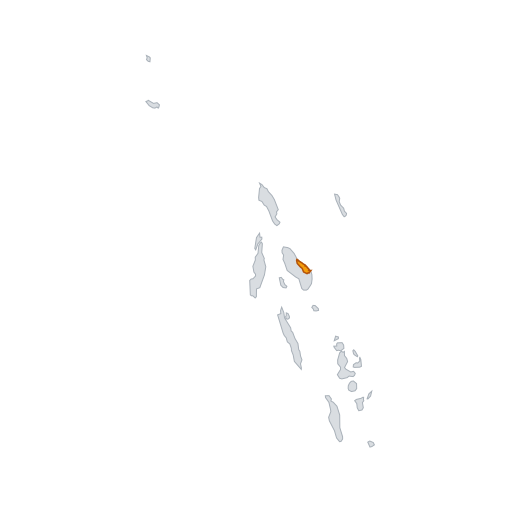 South Guadalcanal, Guadalcanal, Solomon Islands shown in context, rotated 217°
{"feature_id": "97153195B58101898205888", "entity_name": "South Guadalcanal", "entity_type": "district", "adm_level": 2, "iso_a3": "SLB", "parent_name": "Solomon Islands", "parent_adm1": "Guadalcanal", "projection": "orthographic", "projection_center": [160.082, -9.739], "detail": "fine", "context": "in_parent", "style": "filled", "palette": "amber", "viewbox_px": 512, "rotation_deg": 217, "n_neighbors": 0, "source": "geoboundaries", "source_scale": "gbopen_adm2", "svg_char_len": 5397}
<svg xmlns="http://www.w3.org/2000/svg" viewBox="0 0 512 512"><g transform="rotate(217 256 256)"><path d="M199.9,257.6L208.1,263.6L211.6,263.1L222.4,263.2L228.7,267.5L232.4,269.5L234.5,273.4L237.1,274.3L238.7,276.2L239.6,279.8L235.7,281.8L233.3,282.3L227.1,281.0L221.1,278.2L209.3,277.9L203.8,277.1L201.9,276.1L200.1,274.7L197.3,271.3L195.1,267.4L194.8,265.1L194.6,260.6L195.3,259.0L197.5,257.4L199.9,257.6ZM237.1,221.5L246.3,232.7L246.0,234.7L244.7,236.0L244.3,239.8L245.5,241.2L248.0,241.9L252.3,245.9L254.1,252.4L255.9,254.6L256.0,259.3L260.0,265.9L260.4,269.0L260.0,270.4L258.3,269.6L253.5,262.2L247.9,259.0L247.3,257.6L241.7,253.3L237.9,246.0L233.9,233.0L235.8,230.0L231.2,223.7L231.4,222.0L234.7,222.3L235.4,221.6L237.1,221.5ZM203.5,227.1L204.7,230.6L199.7,227.5L195.9,223.7L185.1,219.5L182.8,217.3L180.8,217.1L175.3,213.6L169.8,211.3L165.6,207.0L163.6,206.2L160.2,202.9L156.8,200.7L155.6,196.7L152.4,193.9L151.6,192.7L161.9,194.9L166.7,199.3L170.8,201.8L172.3,203.6L176.0,206.1L179.3,206.3L182.6,208.8L185.6,209.5L188.0,210.8L203.3,222.0L201.5,224.9L203.5,227.1ZM272.8,299.7L277.4,301.9L280.1,301.6L284.1,303.1L287.2,302.3L289.1,304.3L293.8,312.0L293.9,314.5L297.0,316.3L294.3,316.6L290.6,315.6L287.8,316.3L284.8,314.8L279.7,313.9L275.3,312.1L266.1,306.4L266.2,303.6L264.7,302.2L264.3,298.7L261.0,297.6L257.2,297.4L256.8,295.7L257.6,292.8L260.4,292.8L263.9,294.0L272.8,299.7ZM115.3,184.8L116.5,186.1L113.6,188.4L109.8,187.2L108.9,185.3L106.2,185.7L100.9,184.7L93.5,179.4L85.7,169.3L78.1,163.8L76.7,162.0L76.5,159.1L77.5,158.0L82.2,159.2L88.2,163.7L98.2,168.5L100.9,170.9L102.6,176.8L104.3,178.5L109.7,183.0L115.3,184.8ZM125.8,219.1L128.2,222.1L130.9,229.0L130.4,231.3L128.5,231.5L128.0,233.0L125.4,229.7L121.9,228.8L119.3,226.8L118.2,220.2L116.2,219.7L110.5,220.4L108.7,222.6L106.1,222.0L105.5,220.0L105.9,218.1L109.4,216.1L110.0,213.7L113.5,209.5L115.6,208.7L119.6,210.2L120.2,216.2L121.6,218.1L125.8,219.1ZM230.5,352.7L227.9,354.0L225.6,353.3L223.8,352.4L222.3,349.5L219.2,347.6L214.7,346.9L212.4,345.0L209.3,344.5L208.5,342.9L208.7,341.3L209.2,340.4L212.1,341.2L225.8,348.9L230.5,352.7ZM85.7,207.4L85.0,207.9L83.7,205.9L82.8,205.3L82.8,203.0L79.0,199.4L78.7,196.8L80.8,194.3L83.8,195.7L86.7,198.8L90.1,199.8L89.5,201.9L86.4,205.6L85.7,207.4ZM104.5,213.2L103.0,214.8L98.9,214.6L95.8,210.7L95.8,207.9L98.2,205.2L101.1,204.7L102.7,205.7L104.2,207.9L104.8,210.7L104.5,213.2ZM138.7,235.6L135.1,238.6L132.4,237.6L130.2,235.1L131.3,231.2L133.5,230.4L134.6,229.0L138.6,230.1L139.6,230.8L137.3,232.7L138.6,234.2L138.7,235.6ZM435.8,315.5L429.7,316.2L427.3,318.9L424.1,318.6L423.1,316.3L423.1,315.2L424.8,315.4L425.7,313.3L427.6,312.2L431.8,311.8L436.9,313.1L435.7,315.0L435.8,315.5ZM266.7,271.0L266.9,276.4L264.1,273.4L262.7,274.5L261.5,273.1L261.8,266.8L259.9,260.7L261.5,261.3L266.7,271.0ZM112.0,236.9L112.0,237.5L110.0,236.4L105.4,231.4L106.2,229.7L110.3,226.3L111.6,225.9L112.8,227.9L111.8,231.0L110.4,231.7L109.9,234.6L112.0,236.9ZM215.4,247.1L218.6,247.6L224.3,252.6L223.0,254.1L220.3,253.4L219.5,253.7L218.6,252.0L215.7,250.5L213.1,250.4L212.8,248.6L215.4,247.1ZM179.0,252.0L174.6,251.5L173.3,250.2L174.9,248.3L176.8,247.1L178.5,248.2L180.5,248.5L180.7,250.9L179.0,252.0ZM53.8,176.7L50.1,177.6L47.8,176.4L48.8,173.5L50.0,172.0L54.7,174.6L53.8,176.7ZM197.6,228.8L195.8,229.3L193.1,227.9L192.0,226.7L192.5,224.7L194.1,224.0L195.8,225.3L196.0,226.6L197.6,228.8ZM464.2,350.2L461.0,350.8L459.7,350.6L457.6,347.3L459.3,346.6L461.6,346.9L462.3,348.9L464.2,350.2ZM121.6,238.6L121.5,239.9L119.3,239.5L114.6,237.5L114.4,236.6L117.1,236.3L119.1,236.5L121.6,238.6ZM82.9,213.9L82.2,217.7L80.2,213.1L80.6,209.2L81.3,208.8L82.9,213.9ZM144.2,239.9L141.4,240.9L140.5,239.5L142.5,235.4L144.2,239.9Z" fill="#d9dde1" stroke="#a8b0b8" stroke-width="1"/><path d="M203.4,277.4L203.5,277.3L204.0,277.1L204.4,276.9L204.5,276.8L204.9,276.7L205.0,276.8L205.1,276.7L205.1,276.8L205.3,276.8L205.5,276.9L205.6,277.0L205.8,277.0L206.0,277.2L206.0,277.3L206.3,277.4L206.5,277.4L206.8,277.5L206.9,277.4L207.0,277.4L207.0,277.5L207.3,277.5L207.5,277.5L207.8,277.7L208.0,277.6L208.3,277.7L208.5,277.7L208.6,277.8L208.8,277.9L208.8,278.0L209.0,278.1L209.3,278.0L209.5,278.0L209.6,277.9L209.8,277.9L210.0,278.0L210.3,278.1L210.4,278.3L210.5,278.3L210.5,278.2L210.8,278.3L210.9,278.2L210.9,278.3L211.0,278.3L211.0,278.2L211.1,278.3L211.3,278.3L211.5,278.4L211.8,278.4L212.0,278.3L212.2,278.2L212.4,278.2L212.5,278.2L212.8,278.2L213.0,278.1L213.3,278.1L213.5,278.1L213.8,278.1L214.0,278.0L214.3,278.0L214.5,278.1L214.8,278.1L215.0,278.1L215.3,278.2L215.5,278.1L215.8,278.1L216.0,278.1L216.3,278.0L216.5,278.0L216.8,278.0L216.8,277.9L217.1,277.9L217.3,277.9L217.5,277.8L217.8,277.8L218.1,277.8L218.3,277.8L218.5,277.8L218.7,277.7L218.8,277.8L218.9,277.7L219.0,277.7L219.3,277.7L219.3,277.8L219.5,277.9L219.6,278.0L219.7,277.9L219.8,277.9L220.0,277.9L220.3,277.9L220.5,277.9L220.9,277.8L221.0,277.8L221.3,277.9L221.3,277.7L221.2,277.5L220.9,276.9L218.6,274.9L217.2,274.6L214.0,274.0L213.4,274.0L213.4,273.9L211.7,273.9L208.4,271.9L204.7,272.6L204.6,272.8L204.5,273.0L204.4,273.0L204.3,273.3L204.2,273.4L204.3,273.6L204.3,273.9L204.3,274.0L204.1,274.1L203.9,274.2L203.8,274.4L203.9,274.6L203.7,274.7L203.5,274.9L203.4,274.9L203.5,275.1L203.5,275.3L203.4,275.5L203.5,275.8L203.5,276.0L203.5,276.3L203.4,276.5L203.6,276.6L203.4,276.7L203.4,276.8L203.4,277.1L203.4,277.4Z" fill="#f59e0b" stroke="#b45309" stroke-width="1.5"/></g></svg>